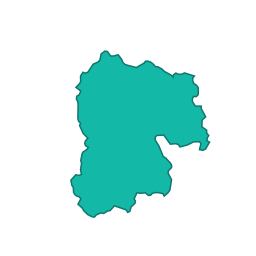 Fervedouro, Minas Gerais, Brazil, rotated 326°
{"feature_id": "56859067B78498783897828", "entity_name": "Fervedouro", "entity_type": "district", "adm_level": 2, "iso_a3": "BRA", "parent_name": "Brazil", "parent_adm1": "Minas Gerais", "projection": "robinson", "projection_center": [-42.344, -20.674], "detail": "medium", "context": "isolated", "style": "filled", "palette": "teal", "viewbox_px": 256, "rotation_deg": 326, "n_neighbors": 0, "source": "geoboundaries", "source_scale": "gbopen_adm2", "svg_char_len": 1883}
<svg xmlns="http://www.w3.org/2000/svg" viewBox="0 0 256 256"><g transform="rotate(326 128 128)"><path d="M50.3,183.1L53.4,182.3L58.1,183.3L59.9,185.2L64.8,185.5L67.0,186.5L73.2,184.9L80.6,194.7L80.6,197.8L83.0,198.1L86.4,195.2L91.6,194.4L93.3,192.8L93.4,190.3L99.3,186.6L101.5,188.9L106.1,191.4L107.2,195.3L109.2,196.4L111.5,195.8L114.3,196.7L117.2,198.7L120.4,202.1L119.9,204.7L124.8,204.1L128.0,202.9L135.2,195.2L136.0,187.9L137.7,186.0L142.0,185.2L143.3,183.3L143.6,181.0L142.5,174.1L141.3,171.3L143.6,160.1L143.8,153.2L145.5,150.8L147.8,150.3L153.7,153.9L154.0,165.0L158.9,167.8L160.6,170.0L160.5,172.8L167.9,175.3L174.6,176.2L179.5,179.3L179.8,181.7L175.2,185.9L177.6,188.4L180.6,188.8L187.7,185.3L186.3,182.6L188.3,180.5L190.7,179.4L190.4,176.3L192.0,173.7L189.9,168.4L193.9,162.8L198.6,162.2L199.6,152.7L200.9,150.7L196.1,147.6L196.2,142.0L197.9,139.6L200.0,138.5L202.1,140.2L204.7,139.6L206.2,137.9L208.8,133.8L208.7,130.7L207.4,127.8L208.1,124.9L209.6,122.8L212.1,122.0L205.6,113.9L203.0,113.6L200.0,111.9L198.4,109.2L195.6,109.3L193.8,111.1L193.6,108.8L189.7,101.2L189.3,98.5L187.0,94.0L185.0,92.5L184.8,89.5L183.6,86.0L182.0,83.8L179.9,82.4L177.7,83.2L168.7,82.5L163.1,76.2L161.1,73.8L160.4,70.8L161.1,67.6L160.8,61.8L156.4,60.3L153.9,58.6L153.7,53.1L151.8,51.3L147.1,51.6L142.7,56.0L139.7,56.5L134.9,55.6L125.9,59.3L123.2,58.6L121.8,56.6L117.7,58.4L114.7,63.0L112.6,64.2L107.6,65.2L109.5,71.1L106.0,73.2L103.3,73.0L101.4,75.2L101.1,78.1L99.8,80.6L91.7,92.2L90.8,94.8L91.4,97.5L89.3,98.8L87.8,107.3L89.0,114.1L85.6,114.8L83.4,116.7L83.0,119.2L84.3,121.9L81.7,122.8L77.0,122.8L75.2,124.0L70.7,128.5L69.6,131.5L65.4,135.9L63.4,140.5L60.7,139.8L58.6,137.6L51.5,139.3L49.4,144.1L49.4,146.7L46.9,150.9L46.7,153.6L47.5,155.9L49.2,157.8L49.2,160.4L43.9,163.2L45.3,168.7L45.1,171.7L46.2,177.2L48.6,181.5L50.3,183.1Z" fill="#14b8a6" stroke="#0f766e" stroke-width="1.5"/></g></svg>